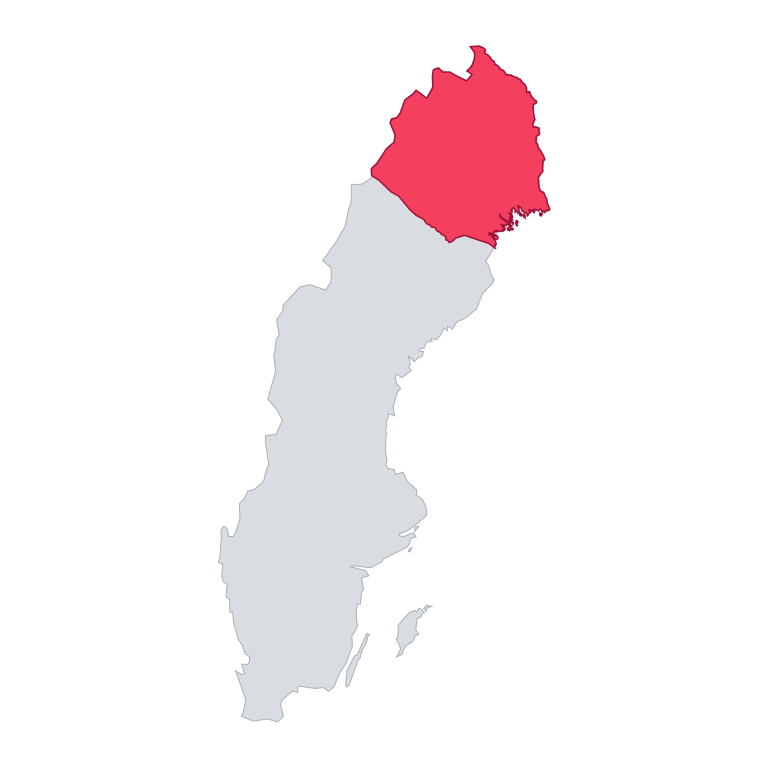 Norrbotten on a map of Sweden (orthographic projection)
{"feature_id": "SWE-190", "entity_name": "Norrbotten", "entity_type": "County", "adm_level": 1, "iso_a3": "SWE", "parent_name": "Sweden", "parent_adm1": "", "projection": "orthographic", "projection_center": [22.14, 67.052], "detail": "fine", "context": "in_parent", "style": "filled", "palette": "rose", "viewbox_px": 768, "rotation_deg": 0, "n_neighbors": 0, "source": "natural_earth", "source_scale": "10m", "svg_char_len": 9684}
<svg xmlns="http://www.w3.org/2000/svg" viewBox="0 0 768 768"><path d="M227.5,529.9L228.6,536.5L233.2,536.5L235.7,532.2L240.0,519.1L239.4,503.5L244.2,498.9L247.9,491.0L254.3,489.6L263.7,481.1L265.9,471.3L268.8,464.3L265.3,441.2L265.7,435.6L276.1,434.3L282.4,420.3L277.0,409.8L267.8,399.1L275.7,371.4L273.7,355.4L275.3,349.0L276.2,338.9L279.3,335.2L276.6,319.8L283.0,310.6L283.0,305.2L299.8,287.1L309.4,284.6L325.6,290.0L330.6,282.5L331.3,278.2L331.1,267.7L322.6,260.5L335.0,243.5L345.0,226.5L348.6,209.3L351.2,202.1L351.4,184.9L361.8,184.1L371.6,178.1L371.3,168.7L393.8,142.0L394.9,137.0L393.9,132.0L390.2,122.7L391.8,118.8L397.1,117.0L400.0,113.3L405.0,100.1L416.1,90.4L426.8,98.2L432.6,86.6L433.4,69.9L437.5,68.4L466.7,80.3L472.0,74.3L467.0,70.9L472.3,64.4L473.8,60.3L474.5,55.5L474.4,52.9L470.6,46.6L479.8,46.1L484.7,49.1L485.1,52.8L504.8,72.7L520.8,80.4L525.5,85.9L527.2,92.1L529.8,92.3L532.8,98.0L536.1,101.2L533.5,105.2L533.7,114.4L534.6,118.5L533.1,126.4L538.6,128.2L539.5,132.9L536.7,137.8L537.1,143.1L544.5,159.2L542.7,164.5L542.3,171.1L539.1,176.1L538.7,181.2L539.4,187.7L540.5,190.8L543.8,192.9L549.5,210.2L544.0,211.5L539.8,209.3L530.0,211.7L527.6,214.3L520.0,207.5L515.7,211.4L512.9,208.0L510.5,213.7L509.8,221.5L506.3,220.8L507.6,223.7L502.8,224.8L502.4,226.0L503.4,227.9L501.9,230.3L495.3,231.0L494.3,233.6L496.2,236.6L496.1,238.5L491.9,235.6L494.7,241.3L495.3,245.4L485.7,261.4L488.7,265.7L491.1,274.9L493.8,279.1L492.6,283.3L482.6,293.4L476.5,309.1L463.7,319.2L457.1,321.6L452.5,328.9L447.6,326.4L447.2,330.7L444.1,327.8L441.1,334.3L436.3,339.7L431.3,338.4L430.7,339.4L432.2,341.0L426.3,342.2L424.3,347.9L419.9,349.2L419.0,351.0L423.4,351.6L422.2,356.3L417.1,358.4L415.1,361.3L412.9,361.1L413.5,358.8L410.2,358.7L409.3,355.9L408.6,356.6L410.3,364.4L408.5,367.4L411.4,370.6L401.7,377.6L396.4,374.2L395.5,376.5L396.2,383.1L400.7,388.6L397.5,391.7L393.2,406.7L394.7,416.0L388.4,413.5L388.6,417.0L386.2,420.9L386.6,426.9L385.6,430.7L386.9,434.3L385.9,436.0L385.6,452.5L386.9,459.7L385.8,465.3L388.3,468.5L394.0,469.6L395.4,474.4L402.9,472.2L407.5,481.7L417.0,490.1L416.2,495.1L422.3,499.2L425.7,506.3L426.9,512.2L426.2,515.7L415.6,524.8L407.5,530.8L399.2,534.2L399.5,535.8L403.4,536.7L413.4,532.6L416.0,536.9L410.6,538.4L409.3,543.9L406.8,547.3L384.3,558.5L381.1,562.1L370.9,567.7L353.5,565.7L350.7,566.8L365.6,570.7L368.9,575.7L361.4,578.0L363.6,589.3L361.6,591.8L360.4,604.0L357.8,604.0L356.2,608.9L356.5,621.3L357.6,624.8L356.7,628.2L351.8,636.1L352.4,646.1L345.9,663.5L339.5,673.4L333.9,686.8L328.7,691.2L323.3,687.6L314.7,688.4L299.4,686.1L297.4,687.3L298.0,692.4L292.5,691.0L281.6,700.5L280.6,705.6L283.4,716.0L277.9,721.9L267.6,719.0L253.2,721.1L241.2,716.1L243.2,712.8L245.9,699.8L235.6,670.8L241.7,674.6L244.6,673.6L241.8,664.2L247.4,664.5L249.6,661.6L249.3,656.4L245.0,653.5L242.2,644.9L238.6,640.1L233.6,623.1L232.6,611.7L229.9,612.4L229.6,599.4L226.1,596.9L227.2,584.1L223.4,582.0L221.7,575.7L223.0,564.6L218.4,562.3L219.9,557.2L221.4,537.5L220.9,531.1L222.9,526.9L225.5,526.9L227.5,529.9ZM424.4,612.5L422.2,613.6L420.7,617.0L417.0,618.6L415.8,629.8L418.8,634.2L415.4,635.9L412.7,641.7L406.4,645.3L403.7,649.0L402.1,654.4L396.6,656.9L400.9,649.0L396.5,639.3L398.0,636.0L398.2,625.0L409.8,612.0L414.9,610.6L417.1,612.3L418.2,608.9L419.9,608.3L424.4,612.5ZM349.1,684.9L346.2,686.9L345.7,683.5L347.1,670.7L354.4,655.9L357.2,654.9L366.2,634.7L367.1,633.4L369.6,634.9L367.6,636.7L367.4,640.3L361.8,651.1L360.0,658.2L358.2,659.8L349.1,684.9ZM426.8,608.2L426.2,611.4L423.6,608.7L426.4,605.3L431.6,606.4L426.8,608.2ZM418.7,526.5L415.1,531.3L414.5,529.2L415.4,526.8L418.7,526.5ZM409.9,551.6L408.2,551.8L409.6,548.5L412.0,547.9L409.9,551.6Z" fill="#d9dde1" stroke="#a8b0b8" stroke-width="1"/><path d="M466.0,80.6L466.7,80.6L467.5,80.0L472.1,74.3L466.9,70.9L470.5,67.7L472.2,65.1L474.5,58.7L474.6,57.8L474.6,53.3L474.5,52.4L470.3,46.6L479.8,46.1L480.7,47.1L482.9,47.5L484.1,48.8L485.0,49.1L485.4,49.8L485.4,50.7L485.1,51.5L484.5,51.8L484.4,52.8L484.8,53.4L487.8,54.8L490.4,57.5L492.0,60.6L493.9,61.0L494.9,64.2L495.5,64.7L496.9,65.2L499.6,67.6L499.9,69.2L503.3,70.3L505.5,73.4L505.5,74.3L506.2,74.9L510.5,74.9L511.7,75.3L511.9,76.1L513.3,76.2L516.2,77.5L517.2,77.4L518.8,79.5L519.9,79.0L520.4,79.5L521.8,82.0L524.9,84.3L525.2,85.5L526.3,87.1L526.6,88.0L526.5,89.1L526.7,89.9L526.6,91.9L526.6,92.4L526.9,92.8L527.3,92.8L528.9,91.6L529.5,91.6L530.0,92.5L531.1,96.3L533.0,98.1L534.8,100.2L536.1,100.7L536.5,101.3L536.5,102.2L536.1,103.2L534.1,104.3L533.5,104.9L533.1,105.8L533.1,107.0L533.3,109.3L533.4,112.3L534.1,116.6L534.8,118.7L534.9,119.9L533.3,121.6L533.6,122.2L532.6,125.1L532.9,126.3L533.5,127.2L535.8,126.7L537.2,127.5L538.9,127.9L539.2,128.3L539.0,130.9L539.0,132.0L539.7,132.5L539.3,134.1L538.8,134.9L536.6,136.0L536.2,136.5L536.0,138.3L536.5,138.8L536.2,140.1L535.7,140.9L535.9,142.0L537.7,144.7L537.9,146.7L538.8,148.8L539.3,149.6L540.3,150.2L540.8,150.9L542.0,153.4L543.3,155.2L544.8,159.4L544.7,159.9L544.4,160.1L543.5,160.2L543.2,161.1L542.6,162.3L542.9,165.5L542.6,168.3L542.9,170.1L542.7,171.8L541.2,173.1L541.2,173.6L540.8,174.2L539.7,175.0L539.7,175.8L538.6,176.5L538.2,177.3L538.0,178.4L538.5,180.0L538.8,182.1L538.6,184.5L539.2,187.5L540.0,190.0L541.3,191.5L543.4,192.3L543.9,192.9L545.3,196.7L546.3,197.9L547.1,201.1L547.1,203.0L548.2,205.0L548.7,207.0L549.6,208.4L549.6,209.3L549.1,210.3L548.4,210.4L546.9,210.1L547.3,210.7L545.3,211.2L545.1,212.3L544.8,212.6L543.9,212.0L543.6,210.9L543.2,211.2L541.7,211.1L541.2,209.6L540.8,209.2L539.7,209.2L538.6,211.0L538.4,211.0L538.0,210.3L535.5,210.0L535.6,209.3L535.1,209.2L534.2,210.8L534.5,211.3L534.4,212.6L533.4,212.2L533.2,211.4L533.2,209.7L532.7,209.8L531.9,211.1L531.4,211.1L530.2,209.8L529.4,209.6L529.2,210.0L529.2,210.9L529.4,211.5L530.4,212.5L528.5,213.8L528.1,214.4L528.1,215.3L527.6,215.9L527.1,215.7L527.2,214.7L526.4,213.0L525.2,212.9L524.2,212.3L523.6,211.3L523.3,211.1L522.5,211.3L522.0,210.7L521.3,208.6L520.9,207.8L518.1,205.6L517.7,205.8L518.7,207.5L519.1,210.9L518.9,212.3L518.4,213.3L518.0,213.4L518.1,212.2L517.6,211.6L516.4,211.3L515.2,212.4L515.1,212.0L515.2,211.4L515.6,210.6L515.3,210.0L514.3,208.9L514.4,208.2L513.0,207.9L512.2,208.0L512.2,208.9L511.3,209.3L512.2,210.7L512.1,211.3L511.2,211.0L512.0,213.1L511.3,214.4L509.6,213.2L508.9,213.1L509.7,214.4L512.1,215.4L512.4,216.2L512.6,217.6L512.1,217.6L511.6,218.0L511.4,216.8L510.9,216.2L510.4,216.2L509.9,216.6L510.1,217.2L509.9,218.0L510.5,219.7L508.5,220.1L510.8,220.7L511.2,219.7L510.5,218.0L510.6,217.6L511.0,217.8L511.5,218.7L511.3,219.0L512.5,219.6L512.6,219.9L511.6,220.7L511.5,221.1L511.7,221.5L513.1,222.4L513.5,223.9L513.0,224.3L512.3,223.2L510.8,222.5L510.3,221.9L509.8,222.2L509.9,222.9L509.3,222.8L507.1,221.1L505.6,220.5L504.6,219.2L503.7,219.0L503.0,218.1L501.4,217.3L500.5,215.7L499.6,214.8L500.0,216.9L501.3,218.2L503.9,219.7L505.6,221.5L507.3,222.4L508.1,223.7L508.8,223.9L508.2,224.4L506.4,224.6L505.9,225.7L505.5,225.2L504.7,225.5L501.4,224.6L502.4,226.3L502.9,227.0L503.4,226.7L502.8,226.0L503.4,225.9L505.1,228.1L504.7,229.9L504.4,230.2L503.7,229.8L503.2,228.8L503.0,229.4L503.2,230.9L502.9,231.3L502.1,231.1L501.9,230.6L500.7,231.4L500.0,231.5L498.2,230.7L497.9,230.8L498.2,231.6L497.2,231.6L496.6,231.5L496.2,230.5L495.7,230.5L494.8,230.9L494.8,231.2L496.0,231.6L496.0,231.9L493.6,231.8L493.2,232.6L493.6,232.9L492.8,233.6L493.7,234.1L494.7,235.6L495.2,235.7L495.6,235.5L495.7,234.7L496.1,234.8L498.1,237.3L498.0,238.0L497.4,239.0L496.4,239.6L495.4,239.7L494.7,239.2L493.6,236.2L491.9,234.8L490.6,232.8L489.9,232.9L490.3,233.2L490.0,233.9L489.1,233.9L488.8,234.6L491.5,235.4L492.2,236.1L493.4,238.5L494.6,240.1L496.1,243.2L496.3,244.3L495.9,244.7L494.7,244.8L495.1,245.6L494.6,247.6L495.5,248.3L495.4,248.4L488.7,243.4L464.4,235.3L455.5,238.1L453.8,240.2L451.1,241.9L449.3,242.5L448.6,242.0L448.6,241.4L447.5,240.3L446.2,240.0L445.8,239.6L445.7,238.0L445.5,237.1L444.9,236.3L443.8,235.3L441.6,234.5L440.5,232.8L437.1,230.9L435.9,229.5L435.1,227.6L431.8,227.1L431.1,226.6L429.8,225.0L427.6,224.2L426.5,223.5L425.5,222.3L424.2,219.7L416.0,215.2L410.0,209.8L398.7,196.1L391.1,191.9L379.1,180.4L371.7,175.6L371.3,170.0L371.4,168.6L376.9,163.7L385.7,149.8L387.7,147.6L391.7,144.1L393.6,143.0L394.0,142.2L395.2,135.6L395.1,134.7L390.1,122.9L391.5,119.3L392.0,118.7L395.3,118.3L396.5,117.8L397.7,116.7L400.0,113.4L400.5,112.4L404.5,101.0L405.0,100.0L405.5,99.4L413.9,93.4L415.6,90.6L416.1,90.3L426.5,98.0L427.0,97.8L432.2,88.7L432.8,86.7L432.4,76.6L433.2,70.4L433.6,69.5L438.6,67.9L442.3,71.8L443.3,72.2L449.6,72.0L457.7,76.5L466.0,80.6ZM509.1,226.1L508.4,224.5L509.2,224.2L511.2,225.2L512.0,226.2L512.0,226.7L511.5,226.8L511.0,226.1L510.4,225.7L510.2,225.9L510.2,226.6L510.5,227.5L510.4,227.5L509.1,226.1ZM542.1,213.1L542.2,213.6L541.8,214.9L540.9,216.0L540.1,215.5L539.7,214.7L539.7,213.7L539.8,213.4L540.2,214.0L540.3,213.2L541.2,213.7L541.6,213.3L541.9,213.6L542.1,213.1ZM524.3,214.9L525.1,216.1L525.1,216.5L524.7,216.4L524.6,216.6L524.9,217.8L523.9,216.9L523.3,216.1L523.0,215.1L523.0,214.3L523.9,214.0L524.5,214.4L524.6,214.8L524.3,214.9ZM520.0,215.5L519.7,215.0L519.7,214.7L519.9,212.8L520.1,212.6L521.0,213.6L521.5,215.5L521.4,215.9L520.0,215.5ZM507.7,230.0L507.5,229.2L507.6,228.0L508.1,227.7L508.9,228.2L509.0,228.5L508.8,229.0L509.3,229.6L509.4,230.3L509.4,230.6L507.7,230.0ZM512.3,228.5L513.3,229.0L513.1,229.4L512.4,229.9L510.5,229.9L510.7,228.8L510.9,228.7L511.5,229.3L512.3,228.5ZM515.6,222.5L517.6,221.6L518.0,221.8L517.9,222.3L517.4,222.8L517.1,223.6L515.8,223.2L515.6,222.5ZM516.3,224.4L517.3,225.2L517.5,225.5L517.4,225.8L516.4,225.5L516.1,224.9L516.3,224.4ZM516.5,221.6L516.1,221.0L516.4,220.7L517.0,220.6L517.2,221.3L516.5,221.6Z" fill="#f43f5e" stroke="#9f1239" stroke-width="1.5"/></svg>